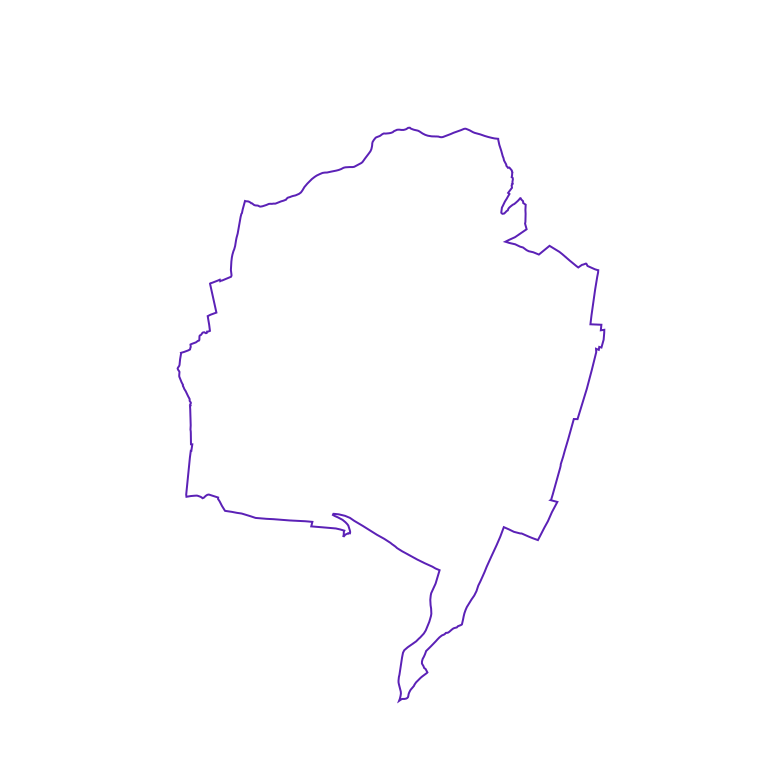 outline of Vulturesti, Vaslui, Romania, rotated 119°
{"feature_id": "2599482B20293343486233", "entity_name": "Vulturesti", "entity_type": "district", "adm_level": 2, "iso_a3": "ROU", "parent_name": "Romania", "parent_adm1": "Vaslui", "projection": "robinson", "projection_center": [27.534, 46.797], "detail": "fine", "context": "isolated", "style": "outline", "palette": "violet", "viewbox_px": 768, "rotation_deg": 119, "n_neighbors": 0, "source": "geoboundaries", "source_scale": "gbopen_adm2", "svg_char_len": 6154}
<svg xmlns="http://www.w3.org/2000/svg" viewBox="0 0 768 768"><g transform="rotate(119 384 384)"><path d="M530.3,523.6L529.7,522.4L535.9,520.1L536.1,520.6L542.2,518.2L576.6,503.4L578.4,502.1L575.7,498.7L573.6,495.6L572.3,493.5L572.0,492.3L571.6,489.8L571.6,488.4L571.9,487.4L570.9,486.5L568.3,485.7L566.6,484.8L565.6,483.6L563.7,474.0L565.0,473.4L566.3,470.9L569.2,466.6L571.5,462.5L572.0,461.5L569.6,455.1L568.0,450.2L566.3,445.7L564.4,436.8L563.4,431.4L558.7,421.0L555.8,415.1L549.1,400.4L542.1,386.1L539.3,379.8L543.8,378.6L538.8,367.5L533.7,356.1L532.4,351.6L531.5,347.6L532.6,347.5L535.5,346.1L536.7,345.8L536.6,345.2L534.5,344.8L532.6,343.4L532.2,342.7L531.7,342.8L531.1,341.4L529.9,341.8L528.6,342.9L525.1,346.6L524.4,348.1L523.6,350.6L522.9,354.4L523.0,359.7L523.3,362.8L523.3,365.2L522.1,365.3L521.9,365.0L519.9,360.3L518.2,354.2L517.6,348.9L518.1,343.8L518.4,333.6L519.3,317.0L519.3,308.8L519.8,301.4L520.3,298.6L520.3,297.5L520.5,296.8L520.6,295.5L521.2,292.9L521.5,287.2L521.4,269.8L521.0,261.5L520.3,253.0L520.4,249.5L519.9,245.1L533.6,242.1L544.1,241.3L546.3,240.6L550.3,238.9L554.9,236.0L557.6,233.9L562.0,231.2L564.3,230.4L570.0,229.1L579.3,228.0L583.0,228.2L588.3,229.5L589.6,230.0L593.5,231.1L602.7,235.6L607.0,237.2L609.8,237.1L614.5,235.6L630.9,229.5L633.1,228.9L636.6,227.4L638.1,226.5L639.6,225.2L644.9,220.2L646.6,219.1L648.8,218.3L651.7,217.5L653.8,217.2L652.0,216.3L650.9,215.7L650.4,215.0L649.5,213.4L648.4,212.1L647.5,211.5L646.3,211.2L645.0,211.5L643.4,212.1L641.6,212.4L639.1,212.5L637.7,212.3L635.4,211.8L633.2,211.4L632.4,211.6L629.4,211.3L623.1,209.5L621.3,208.8L616.0,206.4L615.2,206.2L613.1,209.5L612.9,211.2L611.7,212.6L610.1,215.3L608.2,216.3L605.7,216.9L603.3,216.9L600.7,217.1L597.0,217.7L596.8,217.6L590.7,215.8L584.0,214.0L581.4,213.4L578.8,212.7L575.9,211.5L574.0,210.0L573.2,209.6L571.7,209.2L570.6,207.6L569.4,206.9L565.6,205.5L564.1,204.8L563.1,203.9L561.6,202.3L560.0,201.9L557.6,199.9L556.5,199.3L551.9,200.6L548.5,201.7L545.6,202.5L542.1,203.1L539.0,203.4L530.0,203.0L525.3,202.5L520.3,202.7L514.6,203.8L510.1,204.0L504.1,204.5L499.6,204.9L494.0,205.6L482.7,206.5L470.2,207.4L461.0,208.3L451.1,209.8L450.6,204.4L450.3,198.7L448.7,192.5L448.0,191.1L447.3,183.4L446.8,179.3L445.9,173.7L440.9,173.8L431.9,174.1L424.6,174.1L414.7,175.0L403.1,175.2L404.8,182.0L404.2,181.7L399.1,182.8L371.8,189.3L369.7,189.9L368.5,190.5L360.6,192.1L354.9,193.5L343.1,196.1L322.6,201.0L320.9,197.7L289.8,204.3L271.2,209.0L253.3,213.8L250.4,215.6L250.0,212.7L247.2,213.7L246.7,211.5L238.7,213.4L232.5,216.2L229.8,217.6L231.9,220.4L226.8,222.6L231.7,232.4L223.4,235.8L199.1,245.1L186.8,249.5L182.7,250.8L180.6,251.8L180.8,252.3L181.4,255.1L182.1,263.2L180.7,265.3L180.8,265.8L183.0,267.7L183.8,268.6L187.9,270.6L187.6,272.8L186.0,281.5L184.0,291.0L183.4,294.6L182.9,306.2L195.7,311.3L196.4,317.3L197.7,321.8L197.8,324.2L197.2,328.6L197.9,331.6L198.2,337.0L199.8,342.5L200.7,346.8L197.2,344.4L192.1,340.6L179.5,334.3L175.3,338.4L173.7,338.9L166.6,342.6L163.2,344.7L158.5,347.0L158.2,350.0L156.7,351.0L156.1,353.3L155.3,354.5L155.4,354.9L158.6,355.6L161.3,356.5L163.4,357.3L164.8,358.3L167.4,359.4L169.1,360.0L170.5,360.2L172.1,359.9L172.5,360.2L173.6,360.7L175.3,361.1L176.7,361.6L177.7,362.9L177.6,364.0L177.1,364.6L172.5,366.4L171.0,366.4L165.9,366.7L163.8,366.6L162.7,366.5L160.5,366.5L157.0,366.4L156.7,368.1L150.3,367.2L148.5,368.6L146.7,368.5L146.7,369.0L146.1,368.9L145.1,369.6L142.3,370.6L141.2,371.6L141.2,372.6L139.0,373.3L138.2,373.8L136.6,374.3L136.5,374.8L135.3,375.7L134.1,378.8L134.0,379.6L134.8,380.3L133.8,382.8L132.8,383.5L130.3,387.4L128.4,389.1L127.3,390.5L123.1,394.6L118.9,399.1L115.1,402.4L114.2,403.0L115.6,406.3L116.3,408.5L117.4,412.5L118.2,416.1L119.0,420.8L120.4,426.5L120.6,428.4L120.6,432.0L120.8,434.0L121.1,436.2L121.5,437.0L122.2,437.8L124.6,439.7L130.5,444.9L133.0,446.8L137.5,450.6L139.5,452.3L140.3,453.4L140.8,454.5L141.3,456.6L144.3,462.4L145.6,466.1L146.1,468.8L146.2,471.7L145.9,475.5L146.0,477.2L147.1,481.0L147.4,482.7L147.6,484.5L147.3,485.5L147.5,486.0L148.3,487.1L150.3,488.1L151.4,489.1L152.4,490.2L153.3,491.8L154.2,494.1L155.3,495.8L158.1,497.9L159.5,498.4L160.6,499.3L161.3,500.0L162.2,501.1L164.2,504.0L164.9,505.5L165.2,505.8L166.5,506.7L167.9,507.3L169.1,507.9L171.7,510.1L172.6,510.7L175.4,511.2L177.8,511.3L179.3,510.9L180.7,510.2L182.3,509.6L184.7,508.9L187.1,508.7L191.0,509.2L195.8,509.9L200.2,510.4L201.6,510.9L208.4,515.3L209.5,516.6L210.6,518.7L213.2,522.8L214.5,524.2L216.8,525.7L218.8,527.4L220.5,529.2L223.8,533.1L226.7,536.4L227.8,538.3L229.2,540.1L231.5,541.9L234.3,543.9L236.6,545.1L239.9,546.5L245.9,548.2L250.4,549.1L254.2,549.2L256.7,549.5L258.9,550.5L261.9,552.8L263.8,554.9L265.1,556.1L265.9,556.7L267.1,557.9L267.6,558.4L269.1,559.0L270.2,559.0L272.3,560.7L274.1,562.5L278.4,566.0L279.1,566.7L279.6,567.8L280.8,569.4L281.5,570.8L282.3,572.0L284.5,573.7L287.5,576.5L288.7,578.0L289.0,578.7L289.1,580.8L290.2,583.2L290.4,584.4L290.0,587.1L290.3,587.8L290.1,588.1L290.0,590.1L290.2,591.4L291.1,593.4L291.3,594.3L299.9,592.2L303.4,591.1L304.4,591.2L307.4,590.4L323.4,584.9L327.5,583.9L330.0,583.1L335.5,581.1L338.9,580.3L340.8,580.1L344.3,579.3L347.1,578.4L350.8,576.9L358.5,573.2L362.2,570.5L363.2,569.9L364.4,569.8L372.0,575.8L372.4,576.4L373.5,577.1L372.4,578.2L374.0,579.4L378.7,583.3L380.1,584.7L380.6,584.8L402.8,565.2L407.5,569.3L410.1,571.1L417.0,565.6L421.9,562.0L423.2,563.0L423.7,563.6L423.9,564.1L425.3,563.8L425.9,564.4L425.9,566.3L426.7,567.3L427.3,567.6L429.6,567.8L430.9,568.6L431.4,568.6L432.2,568.3L434.9,566.9L435.7,566.9L436.6,567.7L438.8,568.7L442.5,571.9L443.3,572.4L445.3,571.0L446.6,570.8L447.8,570.4L449.5,571.5L452.9,574.4L455.2,576.7L455.6,576.3L461.3,574.3L466.4,572.1L467.5,571.9L469.7,572.1L470.5,572.0L471.3,571.1L472.3,569.1L472.7,568.7L475.5,567.4L476.4,566.9L476.9,566.5L480.7,561.8L482.3,559.3L482.7,559.3L483.4,558.7L483.9,557.8L485.2,556.2L486.4,554.0L489.6,549.5L491.4,546.7L492.5,546.1L493.2,545.5L493.6,544.5L494.2,543.7L496.4,543.5L496.5,543.1L496.4,542.9L496.6,542.7L497.0,542.9L497.6,542.8L500.1,541.2L513.9,533.0L517.8,531.1L518.9,530.2L520.7,529.1L530.3,523.6Z" fill="none" stroke="#5b21b6" stroke-width="2"/></g></svg>